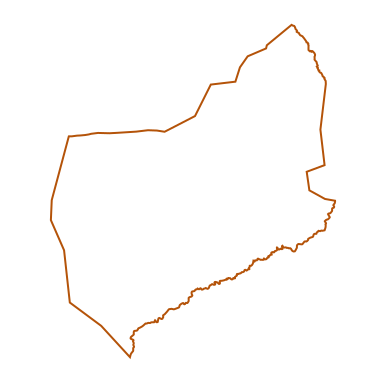 outline of Mo'ron, Hentiy, Mongolia, rotated 357°
{"feature_id": "93677404B68040826216120", "entity_name": "Mo'ron", "entity_type": "district", "adm_level": 2, "iso_a3": "MNG", "parent_name": "Mongolia", "parent_adm1": "Hentiy", "projection": "orthographic", "projection_center": [110.381, 47.305], "detail": "fine", "context": "isolated", "style": "outline", "palette": "amber", "viewbox_px": 384, "rotation_deg": 357, "n_neighbors": 0, "source": "geoboundaries", "source_scale": "gbopen_adm2", "svg_char_len": 5948}
<svg xmlns="http://www.w3.org/2000/svg" viewBox="0 0 384 384"><g transform="rotate(357 192 192)"><path d="M121.4,353.7L122.3,350.9L123.0,349.8L124.8,347.8L125.0,347.2L125.1,344.8L125.8,344.0L126.0,343.5L125.9,343.0L125.5,342.0L125.4,341.5L125.8,340.5L125.9,339.9L125.8,339.4L125.3,338.2L125.3,337.9L125.8,337.1L125.7,336.7L125.3,336.4L123.4,335.5L123.1,335.2L123.0,334.9L123.1,334.5L123.3,333.9L123.7,333.4L126.2,331.5L126.4,331.2L126.5,328.8L126.7,328.3L126.9,327.9L127.2,327.7L129.2,327.6L129.9,327.4L130.8,326.4L130.9,326.0L131.3,325.4L131.6,325.2L132.6,324.9L134.9,323.8L136.4,322.8L138.7,320.9L139.9,321.0L141.4,320.4L142.8,320.6L143.4,320.6L144.5,320.0L147.3,320.1L147.6,319.9L147.8,319.5L148.1,318.6L148.4,318.2L148.5,318.3L148.8,318.5L149.3,319.6L149.6,320.0L150.0,320.2L150.8,320.1L151.0,319.9L151.6,317.4L151.9,316.6L152.1,316.3L152.9,316.1L154.8,317.2L155.3,317.2L155.8,317.0L156.7,315.5L156.7,313.7L158.5,312.5L160.8,310.2L162.6,308.1L163.1,307.8L165.5,307.6L167.6,308.2L168.4,308.1L172.7,306.7L173.1,306.4L173.5,305.4L173.7,304.6L174.0,304.2L175.5,303.1L176.9,302.5L177.5,302.5L177.8,302.8L177.9,303.2L178.1,303.5L178.5,303.7L179.3,303.4L179.7,302.8L180.1,302.4L181.5,302.6L181.8,302.4L182.4,301.6L182.9,300.8L183.0,300.3L183.1,297.7L183.4,297.3L184.6,296.7L186.0,296.4L186.8,295.6L186.9,295.1L186.4,294.0L186.3,293.3L186.3,292.5L186.5,291.9L186.9,291.4L187.4,291.3L189.0,291.1L189.4,290.9L189.7,290.4L190.5,289.7L190.8,289.5L191.6,289.5L191.9,289.3L192.4,288.8L192.5,288.7L193.4,289.3L193.9,289.5L194.1,289.4L195.1,288.7L195.5,288.6L195.9,288.9L196.2,289.6L196.5,289.9L197.0,290.0L197.7,289.9L198.7,289.2L199.9,289.0L200.7,288.6L201.9,289.3L202.6,289.5L203.2,289.2L203.7,288.8L204.8,286.4L205.6,286.1L207.2,285.1L207.8,285.2L208.4,285.6L209.0,285.8L209.7,285.8L210.2,285.6L210.4,285.1L210.4,284.7L209.8,283.9L209.7,283.6L210.1,283.1L210.5,283.0L211.1,283.1L212.7,283.7L213.9,285.1L214.2,285.2L214.5,285.2L214.8,285.1L215.1,284.6L215.1,283.8L215.0,282.7L215.1,282.4L215.5,282.2L217.2,282.2L219.2,281.9L221.1,281.3L222.0,281.4L222.3,281.1L222.1,280.6L222.1,280.4L222.4,280.3L223.0,280.7L223.7,280.3L223.9,279.8L225.6,280.1L226.4,281.0L226.8,281.3L227.3,281.4L227.8,281.3L228.2,281.1L228.8,280.1L229.1,280.1L229.6,280.4L230.1,280.5L230.4,280.4L230.5,279.1L230.7,278.9L232.3,277.9L232.5,277.6L232.5,277.2L232.4,276.6L232.6,276.3L233.2,276.2L234.2,276.3L235.0,275.9L236.1,275.8L236.5,275.6L237.5,274.7L238.5,274.7L239.3,274.4L239.8,274.1L240.4,272.8L240.7,272.6L241.1,272.5L242.4,273.3L242.8,273.1L243.7,272.3L245.1,272.1L245.3,271.9L245.2,271.6L244.9,271.3L244.8,271.0L244.8,270.8L245.7,269.8L245.7,268.9L245.8,268.7L247.3,268.7L247.7,268.4L248.2,267.9L248.9,266.9L249.3,265.9L249.8,263.8L250.0,263.9L250.2,264.6L250.3,264.8L250.7,264.8L251.0,264.6L251.5,263.6L253.2,263.6L253.7,263.1L254.0,262.2L254.4,262.0L254.7,262.1L255.1,262.5L255.4,262.7L256.0,262.7L256.9,263.3L258.0,263.3L259.4,263.5L260.0,263.3L260.3,262.3L260.4,262.2L261.5,263.1L262.5,263.0L262.9,262.8L263.8,261.6L264.9,261.4L265.1,261.3L265.2,261.1L265.1,260.8L264.8,260.3L264.9,260.1L265.3,259.9L265.9,259.9L266.3,259.6L266.9,258.9L267.1,258.7L267.9,258.8L268.3,258.7L268.3,258.4L268.1,257.6L268.0,257.0L268.2,256.7L268.4,256.5L269.7,256.2L270.1,256.5L270.8,256.5L271.1,256.3L271.4,255.7L271.6,255.4L273.1,255.0L273.7,254.6L274.0,254.2L274.0,253.5L273.8,252.2L273.9,251.9L274.3,252.0L274.5,252.3L274.9,253.4L275.4,253.9L275.8,254.0L276.3,253.9L277.4,253.3L278.2,253.7L279.1,253.7L279.4,253.5L279.4,253.2L279.2,252.6L279.0,251.3L279.1,250.7L279.3,250.5L279.5,250.4L280.2,251.7L280.5,252.0L280.9,252.2L281.6,252.3L282.8,252.2L283.8,252.8L284.9,252.8L285.6,253.2L286.0,253.4L286.9,253.2L287.8,253.8L288.7,255.5L289.3,256.2L290.3,256.7L290.9,256.7L291.6,256.6L292.1,256.0L293.8,253.2L294.0,251.0L294.3,250.4L295.3,249.6L295.8,249.5L298.7,250.0L299.5,249.9L301.7,247.4L302.4,247.2L303.2,247.4L303.7,247.4L304.4,247.0L305.4,246.0L305.5,245.1L305.7,244.8L307.7,243.8L310.2,243.2L310.7,242.6L311.0,241.6L311.3,240.9L311.6,240.5L312.3,240.2L314.0,240.2L314.4,239.3L314.6,238.9L315.2,238.4L315.6,238.3L316.0,237.7L316.3,237.4L317.9,237.8L319.1,237.3L319.9,237.5L320.5,237.5L322.4,237.2L322.5,237.0L323.3,234.9L323.6,233.9L323.8,231.7L323.6,231.4L323.6,231.2L324.2,230.4L324.1,229.9L323.1,228.3L323.1,228.1L324.2,227.1L325.0,226.7L326.3,226.4L326.7,226.1L327.5,225.4L328.2,224.6L328.2,224.2L327.8,223.4L327.2,222.4L326.9,221.6L326.7,221.2L327.2,220.7L328.4,220.5L329.1,220.3L329.8,219.6L330.8,218.4L331.0,217.6L331.0,216.2L331.2,215.7L331.5,215.5L332.7,215.1L333.1,214.6L333.2,214.3L333.1,213.7L332.5,212.8L332.5,212.5L332.8,212.0L333.8,210.9L334.1,210.2L334.4,208.9L334.4,208.2L324.4,205.9L309.3,196.5L307.6,177.8L325.8,172.1L323.5,136.4L331.3,91.2L331.3,88.1L330.3,86.3L330.4,85.2L329.9,85.0L329.8,84.3L329.1,83.6L328.6,83.4L328.5,83.1L328.2,81.9L327.5,80.3L327.0,79.7L326.5,79.6L326.1,79.3L325.6,78.7L325.4,78.5L325.3,78.3L325.5,77.6L325.5,77.3L324.7,77.2L324.3,75.9L324.2,75.4L324.2,74.7L323.7,74.6L323.5,73.6L323.3,73.4L323.2,73.2L324.1,72.7L324.2,72.4L323.7,71.2L323.3,69.9L323.3,68.9L321.4,66.4L321.3,65.9L321.5,64.8L321.4,63.5L321.9,62.4L322.1,61.5L321.9,60.6L321.3,59.4L319.7,57.6L319.2,57.6L318.8,58.2L318.6,58.1L318.3,57.4L317.8,57.3L317.2,57.7L316.1,56.7L315.8,56.3L315.8,55.3L316.0,52.1L316.1,51.7L315.8,51.2L315.9,50.2L315.4,49.9L315.4,49.0L315.0,48.7L314.2,48.5L314.2,48.3L313.7,47.1L311.7,44.0L310.9,43.0L310.5,42.3L308.3,41.1L307.4,39.8L307.3,39.2L306.9,38.7L305.1,37.7L304.9,37.5L305.0,37.0L305.2,36.9L305.3,36.5L305.0,35.9L303.9,34.6L303.7,33.5L303.4,32.9L303.3,32.3L302.7,31.5L301.4,31.1L300.2,30.3L274.4,49.4L273.5,52.5L254.7,59.4L246.4,70.0L241.1,84.1L216.4,85.7L199.0,116.3L167.8,130.4L160.2,128.8L151.3,128.0L139.4,128.8L120.0,129.0L112.6,129.0L101.2,128.1L94.3,128.6L92.0,129.1L88.4,129.5L83.5,129.7L80.1,129.7L75.1,130.1L71.9,130.0L51.5,192.8L49.6,212.7L61.2,243.5L64.2,296.0L94.3,320.9L121.4,353.7Z" fill="none" stroke="#b45309" stroke-width="2"/></g></svg>